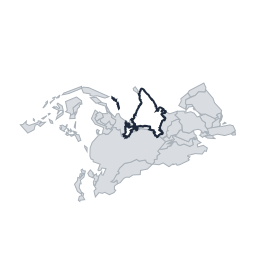 India highlighted on a map of Asia, rotated 159°
{"feature_id": "IND", "entity_name": "India", "entity_type": "country or territory", "adm_level": 0, "iso_a3": "IND", "parent_name": "Asia", "parent_adm1": "", "projection": "albers", "projection_center": [83.514, 21.122], "detail": "fine", "context": "in_parent", "style": "outline", "palette": "slate", "viewbox_px": 256, "rotation_deg": 159, "n_neighbors": 45, "source": "natural_earth", "source_scale": "50m", "svg_char_len": 17596}
<svg xmlns="http://www.w3.org/2000/svg" viewBox="0 0 256 256"><g transform="rotate(159 128 128)"><path d="M117.8,85.5L115.6,86.7L114.8,89.1L112.0,88.6L111.0,91.6L107.4,92.6L108.6,95.6L107.7,97.0L99.0,95.0L97.9,96.3L94.5,95.7L90.5,98.9L87.8,97.8L87.2,94.5L85.6,93.1L81.4,93.0L76.9,88.7L73.1,89.1L72.1,95.4L69.7,93.1L67.3,93.6L67.6,91.9L65.1,88.2L69.2,87.9L69.7,85.3L64.0,84.9L61.1,80.9L63.3,78.0L64.5,79.3L68.1,77.1L74.4,80.0L82.1,80.9L82.5,80.2L80.5,78.9L83.0,77.6L82.2,76.5L82.9,76.0L93.3,75.2L95.6,75.7L95.9,77.3L99.0,77.6L98.9,78.4L103.6,77.2L107.7,82.8L112.3,82.6L117.8,85.5Z" fill="#d9dde1" stroke="#a8b0b8" stroke-width="1"/><path d="M72.1,95.4L73.1,89.1L76.9,88.7L81.4,93.0L85.6,93.1L87.2,94.5L87.8,97.8L89.9,98.9L94.1,96.5L93.2,97.7L97.0,99.1L95.1,100.2L93.3,100.0L93.5,98.7L91.5,98.9L90.2,100.9L88.9,100.7L89.7,103.3L88.7,105.1L76.4,93.5L73.8,95.6L72.1,95.4Z" fill="#d9dde1" stroke="#a8b0b8" stroke-width="1"/><path d="M223.4,159.2L227.3,169.6L225.1,168.9L220.4,170.8L221.8,168.4L219.3,165.8L210.2,165.5L209.2,166.9L206.7,165.3L209.6,163.3L206.8,164.2L203.0,163.0L209.3,160.8L211.2,163.8L213.5,164.1L216.3,160.1L223.4,159.2ZM196.0,179.1L195.5,181.4L193.6,182.0L194.2,180.3L196.0,179.1ZM213.0,170.6L212.4,169.5L212.8,168.1L213.6,169.2L213.0,170.6ZM177.2,160.4L176.5,162.2L180.5,165.6L178.3,166.3L176.8,175.1L165.0,175.4L161.6,170.1L162.5,167.1L164.5,168.9L170.6,167.0L172.0,166.4L173.4,160.9L177.2,160.4ZM199.2,168.6L204.0,166.7L205.0,167.7L199.2,168.6ZM197.4,169.8L196.0,169.8L195.5,169.2L197.4,168.6L197.4,169.8ZM196.6,159.2L198.5,160.5L198.4,164.3L196.2,161.4L196.6,159.2ZM183.9,164.0L192.0,161.8L189.6,164.6L183.0,166.2L183.0,167.6L185.1,168.7L189.3,166.2L186.4,169.3L191.0,174.2L189.2,174.6L189.8,173.0L187.4,173.8L185.6,170.7L184.5,171.5L185.7,175.8L184.6,176.4L181.5,172.0L182.4,166.5L183.9,164.0ZM188.1,182.9L184.4,183.1L186.1,182.3L188.1,182.9ZM186.0,181.4L190.0,179.9L191.6,178.9L191.5,179.8L186.0,181.4ZM181.7,181.2L184.4,181.6L179.7,183.2L181.7,181.2ZM157.5,181.7L170.8,181.4L177.4,182.5L175.3,183.6L156.4,183.5L157.5,181.7ZM151.2,173.5L157.0,176.9L157.1,181.7L154.9,182.1L150.3,179.8L134.6,164.1L138.8,164.2L145.3,169.2L149.0,170.0L151.8,172.0L151.2,173.5Z" fill="#d9dde1" stroke="#a8b0b8" stroke-width="1"/><path d="M196.4,179.9L197.7,177.9L200.4,177.1L196.4,179.9Z" fill="#d9dde1" stroke="#a8b0b8" stroke-width="1"/><path d="M39.1,102.3L37.0,104.4L35.7,108.5L35.6,105.2L37.9,102.3L39.1,102.3Z" fill="#d9dde1" stroke="#a8b0b8" stroke-width="1"/><path d="M40.7,101.0L37.9,102.3L40.7,100.3L40.7,101.0Z" fill="#d9dde1" stroke="#a8b0b8" stroke-width="1"/><path d="M38.2,103.7L36.7,105.3L37.7,103.3L38.2,103.7Z" fill="#d9dde1" stroke="#a8b0b8" stroke-width="1"/><path d="M38.2,103.7L43.6,103.4L43.6,105.8L39.9,106.0L40.9,108.2L37.3,109.6L35.7,108.5L38.2,103.7Z" fill="#d9dde1" stroke="#a8b0b8" stroke-width="1"/><path d="M59.6,124.8L63.6,125.8L67.8,123.5L64.7,129.1L59.9,127.2L59.6,124.8Z" fill="#d9dde1" stroke="#a8b0b8" stroke-width="1"/><path d="M58.6,123.6L58.7,122.2L59.8,121.2L60.0,123.0L58.6,123.6Z" fill="#d9dde1" stroke="#a8b0b8" stroke-width="1"/><path d="M55.1,112.7L56.2,115.8L53.5,114.2L55.1,112.7Z" fill="#d9dde1" stroke="#a8b0b8" stroke-width="1"/><path d="M43.6,105.8L43.6,103.4L47.4,102.5L48.7,99.2L51.4,98.0L54.2,99.1L55.5,102.2L53.8,105.0L56.1,108.4L57.0,113.4L50.7,113.3L43.6,105.8Z" fill="#d9dde1" stroke="#a8b0b8" stroke-width="1"/><path d="M65.1,128.7L67.7,125.0L72.6,130.7L68.7,134.0L68.1,136.4L59.5,139.2L58.4,134.6L63.8,133.7L65.6,130.2L65.1,128.7ZM68.3,122.4L67.6,122.8L68.1,122.3L68.3,122.4Z" fill="#d9dde1" stroke="#a8b0b8" stroke-width="1"/><path d="M146.8,150.5L147.1,146.7L152.6,146.6L153.2,145.2L155.5,146.9L155.6,149.1L152.8,150.9L153.7,151.9L148.8,153.2L146.8,150.5Z" fill="#d9dde1" stroke="#a8b0b8" stroke-width="1"/><path d="M151.0,146.1L147.1,146.7L146.8,150.5L142.1,148.8L141.3,156.6L147.3,161.5L145.6,162.7L139.5,158.4L141.5,151.7L138.4,145.9L139.5,143.9L136.5,139.9L137.8,137.4L140.8,135.7L143.0,137.3L143.0,141.0L146.5,139.1L149.4,140.4L151.3,143.6L151.0,146.1Z" fill="#d9dde1" stroke="#a8b0b8" stroke-width="1"/><path d="M154.9,145.7L151.0,146.1L151.3,143.6L147.9,139.0L143.0,141.0L143.0,137.3L140.8,135.7L143.5,134.0L143.0,131.9L146.0,134.5L148.1,134.3L148.9,135.8L147.5,137.1L154.3,142.6L154.9,145.7Z" fill="#d9dde1" stroke="#a8b0b8" stroke-width="1"/><path d="M140.8,135.7L137.8,137.4L136.5,139.9L139.5,143.9L138.4,145.9L141.5,151.7L140.0,155.5L139.3,149.6L136.3,142.7L133.4,145.2L131.3,144.8L131.2,140.7L127.4,134.8L131.5,125.0L134.7,123.8L134.8,121.6L137.1,122.8L136.0,129.6L137.7,129.2L139.4,131.1L139.0,132.7L142.3,132.9L140.8,135.7Z" fill="#d9dde1" stroke="#a8b0b8" stroke-width="1"/><path d="M150.4,153.3L153.7,151.9L152.8,150.9L155.6,149.1L154.9,143.8L147.5,137.1L148.9,135.8L148.1,134.3L146.0,134.5L143.9,131.5L148.9,129.2L154.0,131.9L150.6,137.1L157.2,143.3L158.8,149.8L152.3,156.5L150.4,153.3Z" fill="#d9dde1" stroke="#a8b0b8" stroke-width="1"/><path d="M180.3,87.0L179.8,89.9L177.2,92.7L178.8,94.8L173.9,96.6L174.3,94.1L172.4,93.6L173.3,92.2L175.3,89.4L177.4,89.5L176.9,88.7L179.1,86.2L180.3,87.0Z" fill="#d9dde1" stroke="#a8b0b8" stroke-width="1"/><path d="M176.2,96.7L178.9,94.3L181.5,97.0L181.8,100.1L178.2,102.4L176.6,98.4L177.6,97.9L176.2,96.7Z" fill="#d9dde1" stroke="#a8b0b8" stroke-width="1"/><path d="M118.4,85.3L124.5,82.7L131.5,83.9L133.3,80.1L140.2,82.4L144.6,81.5L147.0,82.7L150.0,82.5L154.8,79.8L158.0,79.7L157.4,83.4L160.5,82.2L163.2,83.3L155.2,88.8L152.9,88.7L152.3,90.0L153.2,91.0L151.4,92.9L143.9,96.2L137.7,95.1L131.2,95.6L129.5,93.1L123.1,91.8L123.0,89.1L118.4,85.3Z" fill="#d9dde1" stroke="#a8b0b8" stroke-width="1"/><path d="M126.9,130.8L127.6,136.3L125.8,132.5L124.2,132.5L123.9,134.3L121.8,134.0L120.1,129.4L121.4,128.0L120.2,127.1L120.8,125.8L123.1,127.9L127.2,128.2L125.3,131.1L126.2,132.0L126.9,130.8Z" fill="#d9dde1" stroke="#a8b0b8" stroke-width="1"/><path d="M125.8,123.1L126.4,124.8L121.2,124.5L123.0,122.2L125.8,123.1Z" fill="#d9dde1" stroke="#a8b0b8" stroke-width="1"/><path d="M120.0,123.1L119.9,125.9L118.6,125.9L107.0,121.5L109.3,118.5L116.2,122.6L120.0,123.1Z" fill="#d9dde1" stroke="#a8b0b8" stroke-width="1"/><path d="M103.8,109.0L102.2,110.5L97.4,110.9L99.5,114.8L93.4,122.5L91.6,122.2L89.6,124.0L91.7,129.0L86.9,129.8L84.2,126.3L76.1,126.0L77.0,123.9L79.5,123.3L76.3,117.1L78.9,118.4L85.1,118.0L86.3,115.5L90.1,114.8L94.7,106.7L99.8,105.9L101.3,108.2L103.8,109.0Z" fill="#d9dde1" stroke="#a8b0b8" stroke-width="1"/><path d="M84.0,104.6L90.8,105.2L93.4,103.1L94.7,106.3L97.0,105.1L99.8,105.9L93.7,107.4L94.2,109.1L92.9,111.2L91.4,111.0L91.9,112.2L90.1,114.8L86.3,115.5L85.1,118.0L78.9,118.4L76.3,117.1L78.0,115.6L76.6,111.2L78.4,106.6L81.0,107.4L84.0,104.6Z" fill="#d9dde1" stroke="#a8b0b8" stroke-width="1"/><path d="M88.7,105.1L89.7,103.3L88.9,100.7L93.5,98.7L93.9,100.0L91.5,101.1L97.8,101.7L99.6,105.4L94.7,106.3L93.4,103.1L90.8,105.2L88.7,105.1Z" fill="#d9dde1" stroke="#a8b0b8" stroke-width="1"/><path d="M94.1,96.5L97.9,96.3L99.0,95.0L107.7,97.0L97.8,101.7L91.5,101.1L91.8,100.0L97.0,99.1L93.2,97.7L94.1,96.5Z" fill="#d9dde1" stroke="#a8b0b8" stroke-width="1"/><path d="M67.3,93.6L69.7,93.1L71.4,95.3L73.8,95.6L76.4,93.5L86.9,103.4L86.8,104.5L85.7,103.8L79.8,107.4L78.4,106.6L78.4,105.0L73.2,101.4L67.8,102.0L68.3,98.9L67.0,96.7L67.6,95.3L70.2,95.7L69.1,93.4L67.5,94.8L67.3,93.6Z" fill="#d9dde1" stroke="#a8b0b8" stroke-width="1"/><path d="M57.0,113.4L56.1,108.4L53.8,105.0L55.5,102.2L53.8,97.5L54.2,95.0L56.9,96.9L60.0,96.1L60.9,99.9L63.1,101.7L67.6,102.4L72.1,101.1L78.4,105.0L76.6,111.2L78.0,115.6L76.3,117.1L79.5,123.3L77.0,123.9L76.1,126.0L69.6,123.7L69.3,121.4L63.6,120.7L60.9,118.1L59.5,113.5L57.0,113.4Z" fill="#d9dde1" stroke="#a8b0b8" stroke-width="1"/><path d="M38.6,103.3L40.7,101.0L40.3,98.6L42.3,96.6L50.7,98.1L48.7,99.2L47.4,102.5L40.1,104.5L38.6,103.3Z" fill="#d9dde1" stroke="#a8b0b8" stroke-width="1"/><path d="M57.5,97.0L53.9,93.4L54.2,92.0L56.9,93.1L57.5,97.0Z" fill="#d9dde1" stroke="#a8b0b8" stroke-width="1"/><path d="M54.2,99.1L42.3,96.6L40.9,98.0L41.4,96.6L39.3,95.7L31.7,94.4L29.1,92.5L28.7,87.0L34.0,85.7L40.4,86.3L46.7,90.2L53.0,90.8L55.4,94.7L54.2,95.0L54.2,99.1ZM30.1,83.1L32.8,83.8L33.7,85.4L29.4,86.0L30.1,83.1Z" fill="#d9dde1" stroke="#a8b0b8" stroke-width="1"/><path d="M109.3,161.1L109.0,163.0L106.5,163.9L105.4,159.8L106.3,156.9L109.3,161.1Z" fill="#d9dde1" stroke="#a8b0b8" stroke-width="1"/><path d="M157.3,137.7L155.6,135.8L159.0,133.9L158.7,136.6L157.3,137.7ZM97.8,101.7L108.6,95.6L107.4,92.6L111.0,91.6L112.0,88.6L114.8,89.1L115.6,86.7L118.4,85.3L123.0,89.1L123.1,91.8L129.5,93.1L131.2,95.6L137.7,95.1L143.9,96.2L149.9,93.7L153.2,91.0L152.3,90.0L152.9,88.7L155.2,88.8L160.1,84.7L163.2,83.9L160.5,82.2L157.0,82.9L158.0,79.7L161.5,78.6L162.8,75.4L161.7,74.3L164.2,72.7L169.3,72.4L172.8,76.3L175.3,76.2L178.2,78.1L183.2,75.3L182.3,81.4L179.6,82.6L180.3,87.0L179.1,86.2L176.9,88.7L177.4,89.5L175.3,89.4L172.4,93.6L168.2,96.6L169.2,93.6L168.2,92.8L163.1,98.0L166.9,100.1L168.3,98.4L170.7,98.6L171.2,99.5L167.0,104.2L172.6,109.0L172.0,111.0L173.6,112.2L173.7,115.3L170.4,123.1L166.6,127.3L158.6,131.5L158.3,133.5L157.4,133.8L157.0,131.7L152.2,131.7L151.4,129.9L148.9,129.2L143.0,131.9L143.5,134.0L139.0,132.7L139.4,131.1L137.7,129.2L136.0,129.6L137.1,122.8L135.7,121.3L133.0,121.4L132.7,119.5L127.1,122.8L123.0,122.2L121.1,124.2L120.9,122.7L116.2,122.6L104.9,116.4L105.3,111.2L101.3,108.2L97.8,101.7Z" fill="#d9dde1" stroke="#a8b0b8" stroke-width="1"/><path d="M174.7,120.7L175.3,125.4L174.9,127.0L173.2,124.4L174.7,120.7Z" fill="#d9dde1" stroke="#a8b0b8" stroke-width="1"/><path d="M58.5,91.6L60.3,93.3L61.6,92.4L63.7,95.6L62.5,95.5L60.8,98.5L60.0,96.1L57.5,97.0L56.6,94.7L56.2,92.2L58.4,93.0L58.5,91.6ZM56.9,96.9L56.0,96.4L55.4,94.7L56.6,95.5L56.9,96.9Z" fill="#d9dde1" stroke="#a8b0b8" stroke-width="1"/><path d="M50.1,86.7L57.5,90.2L58.6,92.9L51.5,90.5L51.9,88.6L50.1,86.7Z" fill="#d9dde1" stroke="#a8b0b8" stroke-width="1"/><path d="M180.0,144.6L177.8,142.7L180.1,142.9L180.0,144.6ZM184.5,149.6L183.5,146.3L184.5,147.2L185.4,145.1L184.5,149.6ZM188.4,147.1L191.7,151.1L191.5,152.9L190.3,151.3L189.7,152.4L190.4,154.5L188.0,154.1L186.1,151.4L183.3,153.3L185.5,149.9L188.9,148.5L188.4,147.1ZM177.9,148.2L174.3,153.1L177.3,146.8L177.9,148.2ZM179.2,133.2L179.9,140.6L184.0,140.6L184.8,142.8L182.3,141.5L178.2,141.9L178.5,140.5L176.3,139.3L176.4,133.4L179.2,133.2ZM182.1,147.5L181.2,144.9L183.5,144.9L182.1,147.5ZM187.4,142.8L188.5,144.7L187.0,144.6L187.2,146.8L185.1,142.7L187.4,142.8Z" fill="#d9dde1" stroke="#a8b0b8" stroke-width="1"/><path d="M143.4,161.5L149.0,162.6L152.3,169.8L146.6,167.9L143.4,161.5ZM177.2,160.4L173.4,160.9L172.0,166.4L164.5,168.9L163.0,168.2L162.5,167.1L165.4,166.8L165.5,165.3L168.4,164.0L170.2,161.1L172.4,161.0L174.0,155.9L179.1,157.6L177.2,160.4Z" fill="#d9dde1" stroke="#a8b0b8" stroke-width="1"/><path d="M172.2,159.0L172.4,161.0L171.2,161.8L170.2,161.1L172.2,159.0Z" fill="#d9dde1" stroke="#a8b0b8" stroke-width="1"/><path d="M197.9,86.9L198.1,94.6L194.0,97.1L192.6,99.8L190.9,98.2L185.2,101.3L187.1,102.2L187.0,105.5L185.3,106.0L185.2,104.3L183.2,103.1L186.8,97.9L191.2,96.3L191.7,92.7L192.9,93.2L195.0,89.8L194.4,84.4L195.8,83.6L197.9,86.9ZM198.6,77.7L199.3,76.7L200.3,78.3L197.9,81.6L195.3,81.4L195.2,83.4L193.7,84.0L192.9,82.5L194.6,80.3L194.1,76.6L198.6,77.7ZM187.5,101.4L189.3,99.2L190.9,99.7L188.9,102.5L187.5,101.4Z" fill="#d9dde1" stroke="#a8b0b8" stroke-width="1"/><path d="M58.4,134.6L59.5,139.2L57.5,140.9L41.1,142.8L40.8,137.8L43.2,133.9L49.1,136.5L53.4,134.3L58.4,134.6Z" fill="#d9dde1" stroke="#a8b0b8" stroke-width="1"/><path d="M35.6,108.8L39.9,108.9L40.9,108.2L39.9,106.0L43.6,105.8L50.7,113.3L54.9,114.7L58.2,119.8L59.9,127.2L65.1,128.7L65.6,130.2L63.8,133.7L53.4,134.3L49.1,136.5L43.2,133.9L41.6,135.8L38.0,125.2L38.2,120.6L34.4,111.0L35.6,108.8Z" fill="#d9dde1" stroke="#a8b0b8" stroke-width="1"/><path d="M38.5,97.6L35.6,98.7L34.8,97.5L38.5,97.6Z" fill="#d9dde1" stroke="#a8b0b8" stroke-width="1"/><path d="M86.9,129.5L87.3,129.4L87.8,129.4L87.9,128.9L88.0,128.8L89.3,129.0L89.7,129.2L90.0,129.2L90.8,128.8L91.0,129.1L91.7,128.9L91.6,128.6L91.8,128.4L91.3,127.0L91.3,126.5L90.7,126.4L90.4,126.0L90.6,124.9L89.6,124.4L89.7,123.6L90.3,123.0L90.8,122.4L91.2,122.1L91.6,122.3L91.7,122.6L91.8,122.7L93.6,122.4L93.8,122.0L94.1,121.7L94.5,121.0L95.4,120.5L96.0,119.6L96.3,118.9L97.0,118.6L97.2,118.4L97.2,118.0L97.9,117.2L98.4,117.0L98.2,116.7L98.4,116.2L98.3,115.7L99.6,114.9L99.5,114.6L98.6,114.3L98.6,113.8L98.1,113.8L98.1,113.4L97.6,113.0L97.9,112.4L97.6,112.0L98.1,111.6L97.6,111.3L97.7,111.0L97.4,110.8L97.7,110.3L98.3,110.1L100.4,110.7L100.9,110.4L101.8,110.3L102.4,109.9L102.5,109.7L103.7,109.0L104.1,109.1L104.0,109.5L104.5,110.7L105.0,110.9L105.4,111.3L105.0,111.8L105.1,112.7L105.6,113.3L105.6,113.6L105.7,113.8L105.7,114.6L105.3,114.8L104.9,114.4L104.4,114.5L104.6,115.1L104.9,115.6L104.9,116.0L105.0,116.2L104.9,116.4L104.9,116.7L105.3,116.7L105.5,116.6L106.1,117.4L106.6,117.4L107.1,117.8L107.2,118.2L108.0,118.5L108.5,118.9L108.2,119.0L107.5,119.7L107.2,120.3L107.2,120.7L107.0,121.1L106.9,121.4L107.5,121.8L107.7,121.7L109.8,123.2L110.0,123.2L110.7,123.6L111.1,123.6L111.2,123.9L112.1,124.2L112.4,124.0L113.0,124.2L113.4,123.9L114.3,124.3L114.4,124.8L115.1,125.1L115.3,125.3L115.8,125.1L116.1,125.3L116.2,125.6L116.6,125.5L117.7,125.9L118.2,125.6L118.3,125.9L118.7,126.0L118.9,125.9L119.6,125.8L119.8,125.9L120.1,125.3L119.8,124.5L120.0,123.4L119.9,123.1L120.0,123.0L120.7,122.7L121.1,122.8L121.1,123.1L121.0,123.8L121.2,124.1L121.0,124.4L121.2,124.8L121.7,125.0L122.0,125.0L122.7,125.2L123.3,125.1L123.6,124.8L124.3,125.0L125.2,125.0L125.4,124.8L125.8,124.9L126.3,124.8L126.5,124.7L126.3,124.3L126.4,124.0L126.3,123.7L125.9,123.7L125.6,123.5L125.7,123.1L126.2,123.1L126.4,123.0L127.1,122.8L127.3,122.6L127.4,122.3L127.9,121.9L128.2,121.4L129.0,121.1L129.3,120.9L129.4,120.7L130.3,119.9L130.6,120.2L131.6,120.4L131.8,120.0L132.6,119.5L132.9,119.9L133.1,119.9L132.7,120.2L132.8,120.5L133.3,120.2L133.5,120.7L133.1,121.4L133.3,121.5L133.6,121.3L133.9,121.4L134.4,121.4L134.8,121.6L134.9,122.2L134.2,122.9L134.6,123.7L134.4,123.7L134.0,123.4L133.1,123.6L131.5,124.9L131.4,125.4L131.6,126.0L131.3,126.6L130.8,127.4L130.7,127.6L131.0,127.9L130.4,129.3L130.2,130.1L129.4,129.9L129.1,130.0L128.8,129.9L129.0,130.6L129.0,131.6L128.9,131.8L128.7,131.8L128.6,132.4L128.7,133.3L128.4,133.8L128.0,133.5L127.8,133.8L127.6,132.5L127.3,132.1L127.1,130.7L126.5,130.7L126.6,131.0L126.3,131.5L126.3,131.9L126.1,132.1L125.9,132.0L125.8,131.7L125.7,131.7L125.7,131.9L125.3,131.0L125.4,130.3L125.6,130.0L126.4,129.8L126.5,129.4L126.8,129.3L126.9,128.4L127.3,128.5L127.3,128.3L126.6,127.9L123.9,128.1L122.9,127.9L122.9,126.6L122.6,126.1L122.4,126.2L122.4,126.5L122.1,126.6L121.8,126.4L121.5,125.8L121.4,125.9L121.4,126.1L121.2,126.1L120.8,125.8L120.4,125.6L120.6,125.9L120.1,126.5L120.0,126.8L120.7,127.5L121.2,127.5L121.5,128.0L121.2,128.1L120.7,128.1L120.4,128.7L120.2,128.7L120.0,129.2L120.2,129.5L121.1,129.8L121.1,130.3L120.9,131.0L121.2,131.4L121.2,131.7L121.6,131.9L121.4,132.1L121.8,133.6L121.8,134.2L121.7,134.2L121.9,134.7L121.6,134.7L121.3,134.9L121.2,134.6L121.3,134.1L121.1,133.9L121.1,134.7L120.8,134.8L120.6,134.6L120.5,134.8L120.3,134.8L120.2,134.7L120.4,133.9L120.0,133.6L119.9,133.4L120.0,133.7L120.3,133.9L120.0,134.5L119.5,134.8L118.6,135.1L118.2,135.6L118.1,135.9L118.4,136.6L118.0,137.3L117.6,137.6L117.4,137.9L117.2,137.8L117.3,138.0L117.1,138.1L116.0,138.5L115.9,138.5L116.0,138.4L115.9,138.2L115.5,138.4L115.3,138.7L115.7,138.6L115.8,138.7L114.6,139.6L113.5,141.2L112.7,141.6L111.9,142.5L110.5,143.4L110.3,143.7L110.5,144.0L110.3,144.4L109.4,144.8L108.6,144.8L108.0,145.9L107.7,145.9L107.7,145.7L107.4,145.6L106.8,146.0L106.4,146.7L106.3,147.1L106.5,148.3L106.4,148.7L106.7,150.1L106.5,149.7L106.3,149.9L106.8,150.3L106.6,151.6L105.9,152.9L105.7,153.6L105.7,153.9L105.5,154.1L105.8,154.3L105.8,155.9L105.2,155.9L104.8,156.0L104.7,156.4L104.1,157.3L104.0,157.5L104.9,158.0L104.1,157.8L103.1,158.1L102.7,158.5L102.4,159.4L101.4,159.9L100.6,159.5L99.7,158.4L99.3,157.3L99.2,156.5L99.3,156.6L99.4,157.2L99.5,157.2L99.4,156.5L99.1,156.2L99.1,155.9L98.3,153.8L98.0,153.1L97.5,152.4L97.0,151.5L96.8,150.5L96.7,149.4L96.2,147.8L95.5,146.7L95.3,146.1L95.5,146.1L95.3,145.8L95.4,145.6L95.1,145.5L94.6,144.1L94.4,141.9L94.1,139.9L94.3,139.2L94.0,139.3L94.0,139.1L94.0,138.7L94.3,138.7L94.0,138.6L94.1,138.3L93.9,138.2L93.9,137.7L94.4,136.1L94.3,135.3L94.1,135.2L94.0,134.8L94.2,134.6L94.9,134.1L93.9,134.2L94.0,133.8L94.2,133.7L93.9,133.6L94.0,133.3L94.4,133.2L93.4,133.1L93.6,133.2L93.5,133.4L93.1,133.9L93.3,134.1L93.4,134.4L92.9,135.1L91.2,135.8L90.7,135.7L90.3,135.5L89.6,134.8L88.3,133.2L88.0,132.6L88.1,132.3L88.5,132.6L90.0,132.2L90.7,131.5L90.6,131.3L90.4,131.6L90.0,131.5L89.2,131.8L88.5,131.6L87.6,130.9L87.2,130.1L87.9,129.6L86.9,130.0L86.9,129.5ZM129.2,153.3L128.8,152.7L129.0,152.1L129.1,151.4L129.2,149.9L129.3,149.7L129.6,149.5L129.6,149.8L129.6,150.1L129.3,150.7L129.5,150.8L129.5,151.4L129.3,151.6L129.4,152.0L129.2,152.5L129.3,152.7L129.2,153.3ZM131.9,161.5L131.7,162.0L131.4,161.5L131.4,161.2L131.7,161.1L131.9,161.5ZM128.9,155.1L128.6,155.2L128.6,154.8L128.8,154.5L129.0,154.9L128.9,155.1ZM130.9,159.9L130.7,160.0L130.7,159.7L130.9,159.9ZM131.0,159.6L130.9,159.7L130.9,159.3L131.0,159.3L131.0,159.6ZM131.5,160.9L131.3,161.0L131.2,160.9L131.4,160.8L131.5,160.9ZM129.6,157.6L129.4,157.7L129.5,157.5L129.6,157.6ZM129.1,153.6L128.9,153.6L129.0,153.4L129.1,153.6ZM129.6,152.3L129.7,152.6L129.5,152.4L129.6,152.3ZM130.2,159.1L130.3,159.4L130.1,159.3L130.2,159.1ZM129.0,150.7L129.0,151.0L129.0,150.7L129.0,150.7Z" fill="none" stroke="#1e293b" stroke-width="2"/></g></svg>